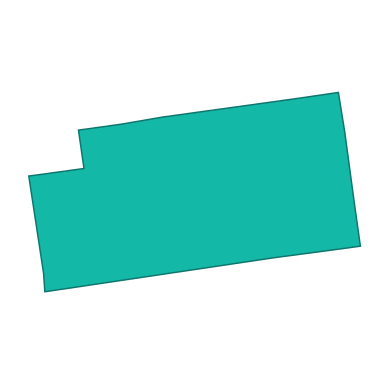 Taylor, Wisconsin, United States of America, rotated 172°
{"feature_id": "52423323B25022971195144", "entity_name": "Taylor", "entity_type": "district", "adm_level": 2, "iso_a3": "USA", "parent_name": "United States of America", "parent_adm1": "Wisconsin", "projection": "robinson", "projection_center": [-90.47, 45.206], "detail": "fine", "context": "isolated", "style": "filled", "palette": "teal", "viewbox_px": 384, "rotation_deg": 172, "n_neighbors": 0, "source": "geoboundaries", "source_scale": "gbopen_adm2", "svg_char_len": 346}
<svg xmlns="http://www.w3.org/2000/svg" viewBox="0 0 384 384"><g transform="rotate(172 192 192)"><path d="M351.4,230.5L350.3,132.3L351.6,113.7L121.9,115.5L32.8,114.9L32.8,153.8L32.4,230.5L33.2,270.2L77.8,270.0L165.7,270.2L210.4,270.3L253.3,269.0L295.8,269.1L295.7,230.3L351.4,230.5Z" fill="#14b8a6" stroke="#0f766e" stroke-width="1.5"/></g></svg>